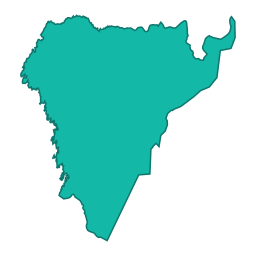 Mateiros, Tocantins, Brazil (Equal Earth projection)
{"feature_id": "56859067B75017008112328", "entity_name": "Mateiros", "entity_type": "district", "adm_level": 2, "iso_a3": "BRA", "parent_name": "Brazil", "parent_adm1": "Tocantins", "projection": "equal_earth", "projection_center": [-46.657, -10.707], "detail": "fine", "context": "isolated", "style": "filled", "palette": "teal", "viewbox_px": 256, "rotation_deg": 0, "n_neighbors": 0, "source": "geoboundaries", "source_scale": "gbopen_adm2", "svg_char_len": 5491}
<svg xmlns="http://www.w3.org/2000/svg" viewBox="0 0 256 256"><path d="M85.4,214.8L87.4,222.3L86.5,224.9L86.4,226.4L86.5,227.7L87.7,230.2L89.3,231.3L94.1,233.0L96.7,236.2L98.4,237.4L100.6,237.1L107.1,240.6L138.7,174.9L149.9,174.0L150.9,149.2L152.7,147.3L152.8,146.5L156.1,143.4L159.0,146.6L160.8,135.4L165.2,131.1L167.4,124.8L167.2,120.7L165.9,118.4L167.7,113.5L170.9,110.5L172.6,110.4L173.8,109.3L180.9,106.4L193.8,96.7L200.6,90.6L209.4,86.9L216.9,77.6L220.3,50.5L231.0,48.4L235.1,37.6L234.8,21.4L231.5,16.7L230.5,17.9L229.8,20.0L229.9,22.6L231.0,27.1L230.0,31.3L228.5,33.7L225.9,35.9L220.9,39.3L214.0,37.8L210.0,36.4L209.4,35.7L207.6,36.7L205.5,38.6L203.7,44.4L202.8,46.2L202.7,48.4L203.5,50.1L207.0,54.0L206.7,54.7L203.9,57.9L203.4,60.2L200.0,60.0L199.4,59.1L198.3,58.6L196.0,58.8L194.4,57.7L192.7,54.9L193.4,53.3L192.8,52.1L192.7,51.1L191.7,50.9L190.4,49.2L189.9,46.2L190.1,45.2L186.7,43.1L185.8,41.2L186.8,39.4L187.1,36.9L188.1,35.7L187.4,33.8L187.3,29.4L186.5,22.1L185.8,21.0L185.4,20.8L184.2,20.9L181.3,22.7L176.1,27.6L174.6,28.2L169.7,26.9L165.4,28.3L164.3,27.5L162.6,24.2L160.8,22.2L158.2,26.1L157.1,24.8L156.0,25.1L153.1,24.7L150.3,25.2L149.3,26.8L148.4,29.9L147.6,31.2L146.0,31.7L144.9,31.2L142.3,27.6L141.4,27.1L138.0,27.6L135.8,30.1L134.6,30.4L130.8,28.0L128.7,28.2L127.2,27.9L124.8,28.9L124.3,28.6L123.6,28.7L122.0,27.7L119.9,27.9L118.0,26.5L116.1,26.6L115.9,27.2L111.1,26.0L110.2,26.8L109.5,26.2L108.1,27.1L107.8,26.3L107.3,27.1L106.7,26.9L105.6,27.6L105.6,28.5L104.9,28.7L104.0,28.2L103.5,29.1L101.6,29.5L100.8,29.4L100.3,28.7L99.3,30.6L99.2,31.3L97.8,30.2L97.7,28.4L97.3,28.1L96.8,29.2L95.3,28.3L95.1,27.7L94.6,28.0L93.5,27.5L93.3,27.0L93.7,26.9L92.8,24.8L91.6,24.9L91.6,23.3L91.2,22.8L90.2,23.0L88.1,18.3L86.4,18.3L86.3,17.6L85.4,17.5L84.9,16.9L84.3,17.3L84.1,16.7L83.1,16.1L81.8,17.4L79.8,16.0L78.0,16.3L76.5,15.4L76.0,16.2L74.6,17.1L73.8,16.8L73.4,16.0L72.3,17.3L72.2,18.1L70.2,18.4L69.9,17.9L67.7,17.7L67.1,18.5L65.9,18.9L65.0,20.6L64.4,21.1L64.3,22.2L63.1,23.1L62.6,22.9L61.5,23.2L61.1,24.1L60.3,23.9L59.4,24.3L57.5,23.8L56.0,24.4L54.8,24.2L54.1,23.1L52.6,22.9L52.3,22.3L51.1,21.8L51.0,21.1L50.4,21.3L49.3,22.4L48.4,21.4L47.8,21.9L47.5,23.2L46.6,23.8L46.3,24.6L45.8,26.8L44.3,28.4L43.2,31.3L40.7,34.9L41.5,35.3L41.7,36.5L42.3,37.0L43.5,37.2L43.6,38.0L43.3,39.1L41.8,39.7L41.8,40.6L40.4,40.4L38.8,39.4L38.0,39.9L37.6,40.6L37.6,42.2L36.9,42.3L36.5,42.9L37.2,46.3L36.6,46.3L36.9,47.3L34.9,47.7L35.6,50.7L35.0,52.2L34.5,52.2L33.2,49.4L32.7,49.3L32.2,49.9L32.4,51.1L31.6,53.4L30.1,54.4L30.1,55.3L28.8,58.0L27.2,58.4L26.7,58.9L26.1,60.8L26.4,61.8L24.9,62.3L24.3,63.0L24.0,65.4L22.6,67.4L23.0,67.7L24.1,67.0L24.5,67.7L23.7,68.7L23.6,70.2L22.3,71.1L21.9,72.5L21.3,73.0L20.9,73.8L20.9,75.7L21.3,76.7L22.6,76.2L24.1,74.5L25.0,74.2L24.8,75.6L26.9,76.1L26.2,78.0L25.5,78.1L24.7,77.1L23.6,77.3L22.4,81.4L22.4,82.4L22.8,83.3L25.4,83.4L26.5,82.4L27.8,80.4L27.8,82.2L28.5,82.5L28.8,83.4L27.9,85.2L29.0,87.7L30.5,87.8L30.9,86.9L31.3,86.8L32.0,89.9L32.6,89.5L32.7,88.9L33.2,89.2L34.0,88.5L34.4,88.6L35.2,89.7L36.7,89.9L36.5,88.6L37.3,88.9L37.9,88.0L38.7,88.9L39.4,90.9L38.8,92.6L40.0,93.2L40.1,95.6L41.0,96.6L40.5,97.1L40.5,98.1L40.9,99.0L40.4,100.2L41.0,101.1L40.6,102.3L39.7,103.6L40.1,104.1L41.2,102.7L41.9,103.0L42.2,102.5L43.7,103.3L44.7,102.7L44.8,101.5L46.1,103.8L44.9,105.7L44.6,106.9L44.8,107.7L45.7,107.0L46.0,107.6L44.1,110.4L44.5,110.9L45.5,109.6L46.3,110.7L46.0,112.5L46.2,114.3L46.6,114.7L47.9,114.4L48.2,115.1L47.8,115.4L47.9,117.0L47.2,116.5L46.8,118.8L47.2,119.8L48.0,120.1L48.0,119.1L48.9,119.2L50.8,118.1L51.0,119.5L50.2,120.4L50.0,121.7L50.3,122.5L50.9,122.6L51.2,121.1L52.7,122.5L52.8,121.2L53.4,121.3L54.0,120.6L54.4,121.1L54.1,122.1L54.3,123.1L54.0,124.2L54.3,124.9L55.1,124.2L55.2,125.4L55.6,125.7L55.8,124.7L56.4,124.3L57.0,126.1L56.9,127.2L58.1,128.7L58.1,129.5L57.3,130.1L56.2,128.7L55.8,130.1L55.3,130.5L54.8,129.6L54.4,130.4L53.6,130.0L54.1,132.8L54.8,132.6L54.9,133.4L54.3,134.9L54.3,136.2L54.0,137.4L53.1,136.7L52.1,137.4L51.9,138.7L51.2,139.8L51.3,140.6L52.1,140.7L53.3,138.6L53.8,138.6L54.0,139.3L52.9,140.3L52.7,141.0L52.9,143.5L53.2,143.0L53.5,143.6L54.8,142.3L55.2,142.8L56.1,140.6L56.6,140.6L56.9,142.5L55.9,144.2L56.5,148.4L58.1,147.2L58.5,147.3L58.1,148.8L58.7,152.6L58.3,153.0L57.7,151.7L57.6,152.6L57.0,152.7L56.7,154.7L56.3,154.9L56.5,156.3L54.5,156.8L54.1,155.2L53.1,157.3L52.9,158.2L55.2,157.6L56.4,158.1L56.9,158.9L56.1,159.9L56.1,161.0L56.6,160.7L57.1,161.1L56.8,162.3L57.2,166.2L56.8,167.4L57.2,167.8L58.0,166.7L58.8,167.5L59.4,167.4L59.3,166.5L58.8,165.6L61.3,164.4L62.0,163.4L62.6,163.8L62.2,165.1L62.4,165.9L63.7,166.1L63.0,167.8L63.4,168.5L62.8,169.2L63.8,171.3L63.9,172.3L63.3,172.7L63.4,173.5L62.9,174.0L62.3,173.2L61.9,174.6L61.2,175.5L61.2,176.7L61.9,176.4L61.8,177.8L61.3,178.2L60.4,178.0L59.9,178.7L61.3,180.2L61.9,180.2L62.1,179.2L62.6,179.2L63.4,177.9L63.4,177.1L63.8,176.2L63.7,175.2L66.0,173.1L67.6,174.4L66.2,175.7L66.7,176.2L67.5,175.7L68.6,175.9L68.5,176.9L69.0,177.7L68.2,178.6L67.2,177.6L67.2,178.3L66.6,178.5L65.6,177.7L65.4,178.3L66.2,179.2L66.7,180.6L66.5,181.2L65.9,180.9L65.3,179.9L65.0,180.7L65.1,182.4L64.9,183.0L64.1,183.3L64.0,184.0L64.2,186.1L63.7,186.3L62.8,185.6L61.6,187.2L62.0,188.9L60.9,189.4L61.3,190.4L59.8,192.6L59.1,195.5L63.8,198.9L68.0,198.1L69.7,197.5L71.1,196.2L71.8,194.9L73.2,194.3L73.9,194.8L75.1,197.0L79.9,200.4L80.8,201.5L82.2,204.7L83.0,204.8L83.4,205.4L83.5,206.0L82.8,207.8L83.2,208.9L84.3,210.1L84.9,212.1L84.3,213.0L85.4,214.8Z" fill="#14b8a6" stroke="#0f766e" stroke-width="1.5"/></svg>